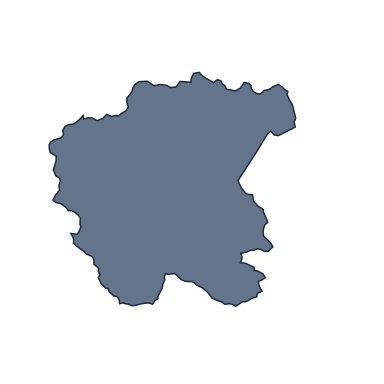 outline of Caconde, São Paulo, Brazil, rotated 245°
{"feature_id": "56859067B24712398589608", "entity_name": "Caconde", "entity_type": "district", "adm_level": 2, "iso_a3": "BRA", "parent_name": "Brazil", "parent_adm1": "São Paulo", "projection": "albers", "projection_center": [-46.63, -21.556], "detail": "fine", "context": "isolated", "style": "filled", "palette": "slate", "viewbox_px": 384, "rotation_deg": 245, "n_neighbors": 0, "source": "geoboundaries", "source_scale": "gbopen_adm2", "svg_char_len": 2782}
<svg xmlns="http://www.w3.org/2000/svg" viewBox="0 0 384 384"><g transform="rotate(245 192 192)"><path d="M305.0,202.1L311.3,198.3L314.4,190.5L313.6,185.7L311.0,182.1L308.1,179.7L304.4,172.5L300.8,170.8L295.9,170.2L293.6,166.7L293.0,161.2L292.0,157.3L293.7,154.9L294.6,150.8L298.4,147.3L296.5,142.4L296.7,136.2L301.1,133.0L303.2,129.2L303.9,124.7L307.1,125.7L306.2,123.0L304.9,119.8L303.6,113.3L305.2,108.6L305.1,104.6L302.5,100.8L298.7,100.2L296.3,96.5L297.1,91.9L297.6,88.8L296.9,84.9L295.2,82.5L291.4,80.9L287.8,80.3L285.1,81.9L281.9,84.1L277.7,82.0L270.6,75.7L264.3,75.4L260.3,77.9L257.5,77.3L254.3,74.3L249.6,72.6L246.6,66.6L243.3,62.6L240.4,63.9L236.5,68.4L232.9,70.5L230.0,71.7L227.2,71.9L226.2,74.9L222.8,77.4L219.1,79.2L215.7,79.8L210.1,76.8L207.3,76.6L204.0,73.0L202.2,70.0L205.6,64.8L201.7,65.0L199.0,64.8L195.6,62.9L190.9,65.0L187.0,67.1L184.0,68.9L180.4,70.1L175.6,74.3L172.4,74.7L167.9,72.5L164.8,74.1L162.0,75.1L159.4,73.3L156.1,73.9L154.1,71.0L148.2,70.8L144.4,72.0L141.4,73.0L139.8,75.4L136.6,74.7L133.9,76.0L130.5,77.3L129.1,79.7L125.5,80.5L121.4,79.2L120.6,82.6L118.4,85.0L117.0,87.4L114.2,89.4L113.0,93.7L112.2,98.1L111.5,100.9L110.6,103.6L109.5,106.3L107.0,108.7L109.2,112.4L109.7,116.0L112.1,117.2L114.1,120.0L117.7,124.5L120.8,126.7L123.9,130.2L126.5,131.0L129.2,133.1L127.4,136.1L125.2,142.1L121.7,143.5L117.0,145.4L114.3,147.7L112.5,150.5L111.2,153.5L109.2,155.6L105.8,156.8L102.6,159.3L100.5,161.1L94.7,163.7L90.9,164.7L87.6,165.3L83.5,168.5L80.0,172.4L76.4,174.3L75.0,178.4L73.0,181.4L69.9,183.4L70.6,187.4L71.1,191.5L69.9,194.2L69.8,197.4L70.4,200.6L69.6,206.3L72.7,208.8L72.4,213.7L76.6,213.2L79.8,213.4L82.9,214.5L82.8,217.9L83.4,222.2L88.0,221.7L92.6,218.1L94.8,215.2L97.5,216.5L100.8,213.7L104.9,210.2L107.6,205.9L109.4,208.2L111.9,209.9L115.8,210.4L114.5,215.9L114.4,220.5L113.1,223.2L113.0,226.8L110.9,230.1L107.9,232.2L105.9,235.9L108.1,242.1L111.6,241.9L116.1,240.5L121.8,238.2L127.2,240.3L131.3,243.9L132.6,247.9L137.3,248.2L143.6,248.2L146.2,249.2L148.7,247.6L151.3,245.8L154.6,244.9L157.7,243.9L161.0,244.9L163.9,245.7L166.2,241.7L168.3,239.9L171.4,239.2L175.7,238.4L182.9,238.4L189.9,249.7L193.6,255.6L200.4,266.5L212.9,285.2L213.9,289.0L208.8,290.6L206.6,294.1L207.2,313.0L212.3,314.1L214.9,317.1L228.6,319.9L233.1,319.3L236.5,319.3L240.3,319.3L242.5,321.4L246.1,319.0L249.3,318.0L253.1,315.5L253.2,309.7L252.3,305.6L253.5,300.4L251.9,295.9L253.2,292.8L257.0,290.2L260.7,289.4L263.7,290.6L266.4,289.4L269.2,285.7L265.7,279.5L265.3,273.6L268.5,270.0L270.5,266.6L274.1,266.8L277.3,265.1L280.7,265.1L283.0,262.6L282.2,257.7L290.0,252.1L292.9,250.5L297.3,249.2L298.9,243.5L294.9,239.1L291.8,237.5L297.2,228.1L294.0,221.9L295.7,216.7L299.3,214.2L303.1,208.2L303.5,205.0L305.0,202.1Z" fill="#64748b" stroke="#1e293b" stroke-width="1.5"/></g></svg>